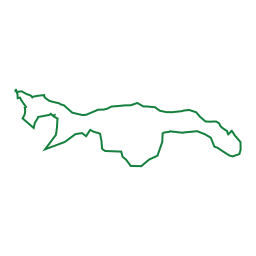 the district of Oyigbo, Rivers, Nigeria
{"feature_id": "59680162B52775693188226", "entity_name": "Oyigbo", "entity_type": "district", "adm_level": 2, "iso_a3": "NGA", "parent_name": "Nigeria", "parent_adm1": "Rivers", "projection": "mercator", "projection_center": [7.218, 4.833], "detail": "fine", "context": "isolated", "style": "outline", "palette": "green", "viewbox_px": 256, "rotation_deg": 0, "n_neighbors": 0, "source": "geoboundaries", "source_scale": "gbopen_adm2", "svg_char_len": 2810}
<svg xmlns="http://www.w3.org/2000/svg" viewBox="0 0 256 256"><path d="M141.3,166.2L141.7,165.8L145.2,162.9L149.2,159.5L152.5,158.0L157.5,155.7L162.3,141.8L162.6,133.4L164.5,132.4L169.1,131.9L169.9,131.3L183.1,132.8L184.1,132.3L184.5,132.4L197.0,131.2L202.2,133.2L204.7,134.1L210.8,137.7L214.4,146.7L217.2,147.6L226.8,153.9L229.6,155.6L232.8,156.4L239.4,154.0L240.6,149.8L240.5,142.1L234.7,135.3L233.4,133.2L231.7,130.8L231.3,131.0L230.7,131.9L229.8,132.8L228.2,134.3L227.4,132.7L227.2,131.1L222.7,128.2L220.6,126.3L220.5,126.2L219.0,123.2L216.1,121.5L213.0,121.5L210.2,121.7L205.6,121.5L200.1,116.9L196.2,112.3L189.3,110.0L187.0,110.2L184.1,110.5L183.2,110.7L181.6,111.2L172.0,112.2L166.2,112.1L164.5,111.7L160.0,110.8L159.0,110.1L154.9,107.2L150.0,106.8L148.7,106.6L145.1,106.4L143.2,106.4L140.7,104.9L137.3,103.0L130.9,105.2L129.6,105.3L123.9,105.4L123.4,105.5L117.6,106.1L116.7,106.1L111.3,106.6L107.2,108.7L106.2,108.9L103.7,109.6L98.2,109.7L86.1,114.8L82.6,115.1L72.3,112.7L66.7,107.8L64.1,105.4L60.6,104.3L58.8,103.2L53.9,102.1L52.2,101.7L50.6,101.2L49.2,100.8L45.8,98.3L44.5,97.3L44.0,94.3L43.8,95.2L43.2,95.4L42.6,95.3L42.1,95.3L41.4,95.4L40.9,95.4L40.3,95.5L39.6,95.6L38.8,95.7L38.5,95.7L36.1,96.1L34.8,96.4L32.9,96.7L32.7,96.8L32.3,97.3L31.9,96.9L31.4,96.3L31.0,95.9L30.8,95.7L30.5,95.4L30.0,95.2L29.5,95.1L28.9,94.8L28.4,94.6L27.9,94.5L27.4,94.4L26.9,94.2L26.6,94.0L25.3,93.4L24.8,93.0L24.4,92.9L24.0,92.6L23.4,92.3L23.0,92.1L22.6,91.9L22.2,91.6L21.8,91.4L21.5,91.3L21.4,91.3L21.1,91.3L19.5,91.6L18.1,91.8L17.4,91.9L17.2,91.8L17.2,91.6L16.9,91.5L16.7,91.4L16.4,91.1L16.3,90.7L16.1,90.2L16.0,89.8L15.9,89.8L15.5,90.3L15.4,90.8L15.7,90.9L16.0,91.1L16.1,91.4L16.6,92.2L16.9,92.9L17.1,93.4L17.3,93.8L17.4,94.1L17.5,94.4L17.6,94.8L17.6,95.4L17.6,96.6L17.7,98.2L18.1,98.1L20.0,97.6L20.5,98.5L20.8,99.2L20.9,99.5L21.4,100.4L22.3,101.6L22.5,102.0L24.7,105.1L25.4,106.1L26.0,107.0L24.9,107.7L25.0,107.8L25.0,108.1L25.0,108.5L25.0,109.1L25.1,109.7L25.1,110.1L25.1,110.8L25.1,111.4L25.1,111.7L25.0,112.3L24.9,113.0L24.8,113.5L24.7,114.3L24.5,114.7L24.2,115.3L23.8,116.2L23.6,116.7L22.6,118.4L29.1,124.0L33.7,128.0L34.8,122.9L37.2,119.1L37.7,118.3L38.1,117.0L43.6,116.0L46.0,115.5L48.3,115.1L48.9,115.0L49.2,114.9L49.6,114.8L49.9,114.6L50.3,114.3L50.6,114.0L50.8,113.8L51.6,114.6L52.1,115.1L52.3,115.3L52.7,115.4L53.0,115.4L53.6,115.3L54.5,115.1L54.4,115.4L54.2,115.9L53.8,116.5L54.2,116.7L54.9,117.1L55.2,117.3L55.9,117.7L56.5,118.0L57.3,118.5L57.6,118.6L57.4,119.6L57.0,127.0L56.4,131.9L55.8,135.0L45.1,149.3L64.7,142.0L75.5,134.1L82.0,133.1L86.1,136.2L90.1,130.0L90.2,129.9L93.8,131.8L98.2,133.0L100.1,133.8L101.5,141.2L102.0,147.7L102.1,148.8L103.0,149.6L105.2,151.0L121.2,151.6L122.6,156.8L126.1,159.7L130.7,165.9L130.9,166.0L139.5,166.1L141.3,166.2Z" fill="none" stroke="#15803d" stroke-width="2"/></svg>